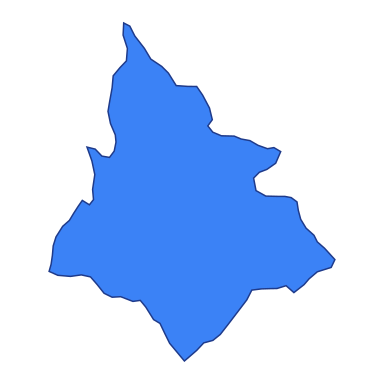 Elisiário, São Paulo, Brazil
{"feature_id": "56859067B94900392245754", "entity_name": "Elisiário", "entity_type": "district", "adm_level": 2, "iso_a3": "BRA", "parent_name": "Brazil", "parent_adm1": "São Paulo", "projection": "robinson", "projection_center": [-49.092, -21.153], "detail": "fine", "context": "isolated", "style": "filled", "palette": "blue", "viewbox_px": 384, "rotation_deg": 0, "n_neighbors": 0, "source": "geoboundaries", "source_scale": "gbopen_adm2", "svg_char_len": 1353}
<svg xmlns="http://www.w3.org/2000/svg" viewBox="0 0 384 384"><path d="M280.7,151.6L273.9,147.6L267.5,148.7L258.0,145.3L249.9,140.6L241.1,139.0L234.2,136.1L221.4,135.8L212.8,132.2L207.8,125.9L212.3,119.7L209.5,108.1L202.6,95.1L196.7,86.5L187.7,86.4L176.2,85.6L168.4,73.1L161.7,66.4L150.8,59.1L144.4,48.4L134.8,36.0L129.8,26.1L123.7,23.0L123.1,35.1L127.4,48.5L126.4,60.9L120.0,67.6L113.2,75.8L112.1,87.9L109.5,102.4L108.0,111.4L110.5,123.6L115.3,134.9L116.0,142.1L114.2,151.1L109.5,157.4L101.9,156.1L95.2,149.1L87.0,147.1L91.9,160.9L94.8,174.6L92.6,189.4L93.5,199.6L89.4,204.8L82.3,200.4L78.2,206.3L73.8,213.1L69.4,220.4L62.7,226.3L56.0,236.9L53.2,245.9L52.4,255.3L51.1,264.3L49.1,271.4L57.8,275.3L70.5,276.4L81.3,274.9L90.5,276.9L97.2,284.6L104.1,293.3L112.1,297.2L120.7,296.7L132.9,301.4L140.3,300.4L145.8,307.1L153.6,319.6L160.0,323.4L165.1,334.1L169.7,343.4L176.9,352.0L184.4,361.0L196.7,350.4L203.7,342.9L212.9,340.4L220.3,334.4L228.5,323.9L246.8,299.9L251.8,290.1L261.4,288.9L270.6,288.6L277.0,288.5L286.1,285.7L293.9,292.6L304.1,284.6L309.1,278.8L317.3,271.8L331.2,267.4L334.9,259.6L324.5,248.2L317.3,241.9L314.0,235.3L306.1,228.2L300.7,219.3L298.3,210.3L297.0,201.9L291.2,197.6L284.8,196.4L278.1,196.4L265.8,196.1L256.0,190.6L253.6,178.1L259.3,172.3L266.9,169.4L275.7,163.2L280.7,151.6Z" fill="#3b82f6" stroke="#1e3a8a" stroke-width="1.5"/></svg>